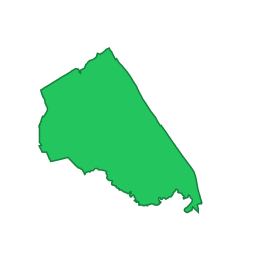 outline of Iaslovat, Suceava, Romania, rotated 20°
{"feature_id": "2599482B36355944921749", "entity_name": "Iaslovat", "entity_type": "district", "adm_level": 2, "iso_a3": "ROU", "parent_name": "Romania", "parent_adm1": "Suceava", "projection": "albers", "projection_center": [25.985, 47.761], "detail": "fine", "context": "isolated", "style": "filled", "palette": "green", "viewbox_px": 256, "rotation_deg": 20, "n_neighbors": 0, "source": "geoboundaries", "source_scale": "gbopen_adm2", "svg_char_len": 5825}
<svg xmlns="http://www.w3.org/2000/svg" viewBox="0 0 256 256"><g transform="rotate(20 128 128)"><path d="M222.0,171.7L219.3,168.3L219.1,167.8L218.6,167.2L218.2,166.3L217.5,165.7L216.3,164.0L214.1,160.8L209.9,153.4L207.8,150.3L205.6,147.4L204.7,146.4L201.8,144.2L189.4,136.1L184.5,132.7L181.5,130.5L179.7,129.5L178.9,128.7L173.8,125.3L170.1,122.5L169.4,122.2L168.0,121.1L165.6,119.3L159.6,115.2L158.2,114.2L157.5,114.8L153.6,111.7L150.1,108.6L143.6,104.5L136.1,98.7L132.2,96.0L129.4,93.4L126.4,90.8L121.5,85.8L117.3,82.7L113.7,79.7L111.6,78.1L108.1,75.7L100.4,71.2L98.1,70.2L97.4,69.7L96.7,69.4L95.7,68.6L94.7,67.7L93.5,66.8L92.9,67.7L92.8,68.0L88.1,63.6L86.9,62.3L86.1,61.7L85.2,61.3L84.2,60.6L83.0,59.3L80.5,61.8L79.9,63.5L78.1,66.5L77.2,67.1L76.6,68.4L74.4,68.2L73.7,68.3L73.9,71.6L73.8,72.4L73.2,73.5L71.8,75.5L70.6,76.6L68.9,77.7L67.9,79.6L67.5,81.6L66.8,82.5L66.6,83.5L66.7,84.5L66.6,86.4L66.6,86.7L66.2,87.2L65.4,87.9L63.3,90.3L63.7,90.5L63.8,91.0L64.1,91.4L64.6,91.8L64.6,92.0L64.4,92.3L64.5,92.7L64.0,92.5L63.5,92.5L63.0,92.2L62.9,91.8L63.1,91.4L63.1,91.2L62.8,91.0L61.8,90.5L61.3,89.7L58.6,90.1L56.6,92.5L55.7,93.4L55.0,94.5L54.6,95.4L54.1,95.9L53.7,96.2L53.3,97.0L49.2,101.8L42.8,109.9L36.6,117.8L36.2,118.0L34.6,120.4L33.6,121.6L33.1,122.2L33.2,122.4L33.5,122.9L34.7,124.4L35.1,125.0L35.9,126.0L36.7,126.9L37.2,127.6L37.7,128.1L37.9,128.0L39.5,129.4L39.6,129.7L40.1,130.0L40.9,131.4L41.2,132.1L41.9,133.2L43.3,134.5L43.6,135.0L45.0,136.1L45.5,136.9L46.1,138.7L46.1,140.0L45.9,141.4L45.4,143.7L45.3,145.0L44.9,146.1L43.9,146.0L43.7,147.1L43.7,147.9L43.8,149.0L43.7,149.4L43.9,151.0L44.1,151.0L44.1,151.6L43.8,152.2L44.0,153.2L44.0,153.5L43.8,154.0L43.6,154.6L43.6,154.8L44.0,155.0L44.0,155.4L43.9,155.7L44.0,155.7L43.9,156.6L43.7,156.7L44.4,157.9L44.7,158.1L45.8,161.0L48.4,168.1L49.6,171.6L52.6,173.9L50.6,175.2L52.6,177.2L52.8,177.1L55.5,180.0L59.7,178.6L62.3,181.3L64.5,183.8L64.7,184.0L64.9,183.9L66.9,185.9L73.9,181.4L75.9,180.1L79.5,177.6L81.8,176.2L85.9,178.3L91.1,180.9L95.2,182.5L96.7,182.2L97.0,182.2L98.3,182.8L98.7,182.8L99.2,182.6L99.5,182.7L100.0,183.4L101.2,184.5L101.6,184.6L102.6,185.9L103.3,186.4L103.7,184.6L103.9,184.0L104.1,183.7L105.1,183.0L105.5,182.6L105.8,182.4L106.2,182.3L107.2,182.4L107.3,182.2L107.4,181.9L107.6,181.0L108.2,180.5L109.5,180.2L110.0,179.8L110.3,178.5L110.6,177.9L110.9,177.5L111.2,177.2L112.4,176.8L113.2,176.6L113.7,176.8L114.0,177.1L114.5,177.3L114.9,177.4L115.6,177.2L116.2,176.8L116.9,176.6L119.0,176.4L120.2,176.1L120.9,176.1L122.6,176.5L123.0,176.8L123.1,177.1L122.8,177.6L122.8,177.9L124.6,179.5L125.0,180.2L125.1,180.5L124.9,181.2L124.9,181.6L125.0,182.0L125.2,182.3L126.2,182.9L126.5,183.2L127.6,183.6L128.5,183.7L130.3,183.1L131.1,183.0L131.5,183.1L131.6,183.3L131.4,184.6L131.5,185.2L132.0,186.4L132.1,186.6L132.4,186.8L132.7,186.9L132.9,186.9L133.2,186.5L133.4,186.4L135.1,186.9L136.2,186.6L136.9,186.7L137.0,187.1L137.1,187.6L137.3,187.8L137.8,188.0L138.5,187.9L139.0,188.1L139.9,188.0L140.3,188.0L140.3,188.7L140.6,189.1L140.9,189.2L141.2,189.1L141.8,188.8L142.8,188.6L144.4,188.9L145.3,189.4L145.8,189.4L148.9,189.4L149.7,189.7L150.3,189.7L150.7,189.6L151.0,189.5L151.5,188.9L151.7,188.5L151.9,187.2L152.0,187.1L152.4,186.9L152.7,187.0L153.0,188.1L153.0,188.6L152.6,189.3L152.6,190.0L152.6,190.6L153.1,191.2L153.7,191.7L154.2,191.8L154.9,191.4L155.0,191.2L155.0,190.9L154.9,190.4L155.0,189.9L155.7,189.3L156.3,189.2L156.6,189.3L157.0,189.5L157.3,189.8L157.5,190.3L157.5,190.7L157.7,191.0L158.6,191.1L158.9,191.3L159.3,191.6L159.4,192.0L159.5,192.4L159.4,193.1L159.1,193.4L158.8,193.5L158.7,193.7L158.7,193.9L158.9,194.2L159.3,194.3L160.9,193.5L161.2,193.6L161.3,193.8L160.8,194.2L160.8,194.7L161.0,194.9L161.5,194.9L161.9,194.6L162.8,193.8L163.2,193.8L163.5,194.1L163.5,194.3L164.4,196.3L164.6,196.6L165.0,196.7L165.3,196.2L165.5,196.1L166.5,196.1L167.2,195.6L167.6,195.5L168.6,195.8L169.5,195.6L170.3,195.2L170.9,194.5L171.0,194.2L171.4,194.0L172.2,194.5L172.8,194.5L173.0,194.3L173.1,194.1L173.2,193.2L173.4,193.0L174.4,192.5L175.7,191.4L176.3,191.1L176.8,191.0L177.6,190.7L177.8,190.7L178.6,191.1L179.0,191.3L179.2,191.2L179.7,190.8L179.9,190.7L180.6,190.9L181.3,190.7L181.9,190.3L182.4,190.1L183.5,188.8L183.5,188.1L184.1,187.4L184.3,186.7L183.9,186.2L183.6,186.2L183.5,186.4L183.4,187.0L182.9,187.0L182.7,186.7L182.7,186.0L181.7,185.0L180.9,183.8L180.7,183.5L180.7,183.3L181.2,182.7L181.6,182.5L181.9,182.5L182.5,183.0L183.0,183.5L183.4,183.8L184.0,183.7L184.5,183.1L184.6,182.9L184.7,182.2L184.9,181.8L185.3,181.3L186.1,181.3L186.9,181.6L187.6,181.9L188.0,181.9L189.6,180.0L190.0,179.0L190.2,178.7L190.7,178.3L191.9,178.0L192.1,177.8L192.7,175.3L192.9,174.9L192.9,174.3L192.8,173.8L192.9,173.1L193.2,172.6L193.3,172.1L193.6,171.8L193.7,171.5L193.7,171.0L194.1,170.3L194.2,170.0L194.1,169.7L193.9,169.4L193.9,169.2L194.0,169.1L195.7,169.1L196.2,169.3L196.5,169.7L196.6,169.9L196.5,170.5L196.6,170.9L196.8,171.3L197.3,171.6L197.6,171.6L198.4,171.1L199.6,171.2L200.5,171.1L201.1,171.3L201.6,171.9L202.2,172.3L202.8,172.6L203.7,172.7L204.1,173.0L204.2,173.3L204.2,173.7L203.8,174.3L203.8,174.6L204.3,175.4L204.5,175.6L204.9,175.4L205.7,174.5L207.3,173.3L208.0,172.6L208.0,172.1L207.9,171.4L207.7,170.8L207.8,170.4L208.1,170.3L208.6,170.3L209.4,170.8L209.8,171.1L210.1,171.7L210.6,172.2L212.7,173.0L212.8,173.1L213.0,173.5L213.3,174.9L213.1,176.3L212.3,178.4L211.1,181.4L209.9,183.2L209.2,183.9L209.1,184.2L209.0,185.2L209.0,185.7L209.1,186.1L209.9,186.8L212.2,187.3L212.5,187.2L212.9,186.9L213.7,186.1L214.0,185.8L215.0,184.3L216.0,183.8L216.1,183.5L216.2,183.0L215.7,181.3L215.7,180.0L216.1,180.0L217.2,180.7L218.4,181.2L219.0,181.6L221.0,182.2L222.8,183.1L222.1,181.5L221.9,180.6L221.5,179.6L219.3,176.5L220.4,175.3L221.1,174.7L221.6,174.5L222.7,174.2L222.1,173.4L222.9,173.0L222.0,171.7Z" fill="#22c55e" stroke="#15803d" stroke-width="1.5"/></g></svg>